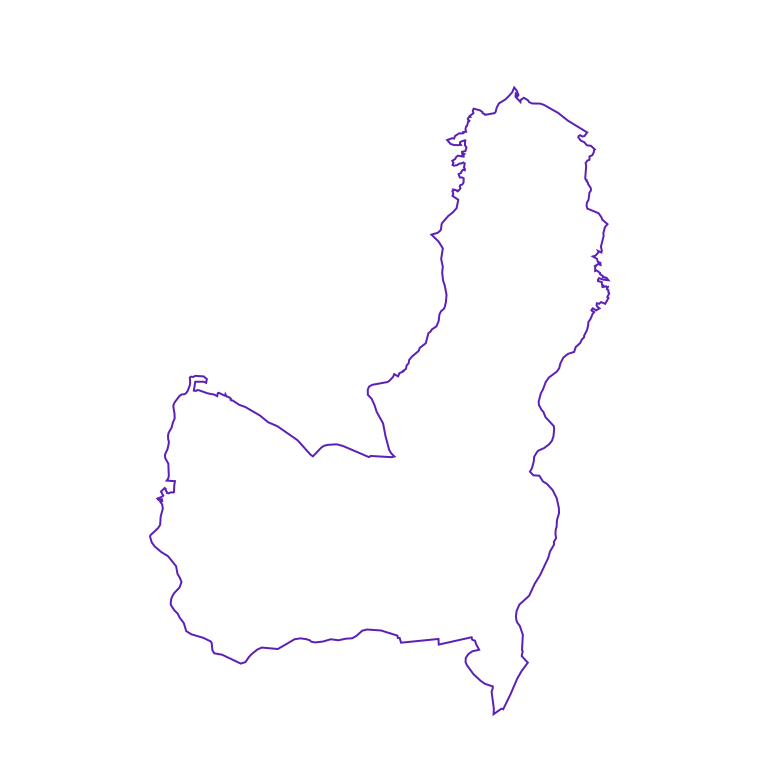 outline of Cruset, Gorj, Romania, rotated 8°
{"feature_id": "2599482B18227556785011", "entity_name": "Cruset", "entity_type": "district", "adm_level": 2, "iso_a3": "ROU", "parent_name": "Romania", "parent_adm1": "Gorj", "projection": "orthographic", "projection_center": [23.663, 44.657], "detail": "fine", "context": "isolated", "style": "outline", "palette": "violet", "viewbox_px": 768, "rotation_deg": 8, "n_neighbors": 0, "source": "geoboundaries", "source_scale": "gbopen_adm2", "svg_char_len": 6139}
<svg xmlns="http://www.w3.org/2000/svg" viewBox="0 0 768 768"><g transform="rotate(8 384 384)"><path d="M538.5,695.7L545.4,689.2L547.3,689.5L552.5,673.5L556.9,657.3L560.2,649.1L565.2,639.9L558.2,634.2L558.5,629.2L557.7,628.2L556.4,613.1L552.2,604.7L549.1,601.6L547.9,599.3L547.0,595.8L546.9,590.4L548.7,583.7L557.2,573.5L561.0,560.9L565.2,551.4L570.8,533.5L571.7,526.8L574.7,519.4L574.2,516.6L575.9,512.6L574.7,508.9L574.3,504.3L574.8,501.1L574.2,495.0L575.3,487.4L574.4,482.4L571.0,473.2L565.8,465.6L559.4,460.3L554.9,458.3L550.6,453.2L544.5,453.6L540.7,450.5L542.1,447.2L542.6,444.2L543.1,439.3L542.8,435.3L545.0,430.0L546.4,428.3L551.3,425.3L556.1,420.5L558.2,416.8L559.1,412.3L558.8,405.0L558.0,402.1L548.5,394.3L545.7,389.4L543.5,387.6L540.4,383.3L539.6,380.0L540.6,371.4L542.2,367.2L543.8,359.8L546.3,354.7L553.5,347.6L555.3,344.0L555.8,339.1L557.9,332.9L561.9,328.6L567.8,325.8L568.7,320.7L572.5,316.2L573.7,312.5L575.7,309.8L575.4,308.5L577.5,302.4L578.0,297.7L577.8,294.1L579.5,290.7L580.8,285.5L582.1,283.5L579.2,282.3L579.7,280.8L580.2,280.0L583.9,281.5L586.9,279.1L584.2,277.5L583.5,276.3L583.6,274.4L585.8,274.7L587.5,272.7L591.9,273.8L594.3,267.6L593.0,266.8L594.4,262.9L593.4,261.9L593.3,260.0L591.6,259.2L592.2,256.7L590.9,257.0L590.4,256.4L586.9,257.6L586.6,256.9L587.9,256.2L586.1,255.2L585.4,252.7L581.6,252.3L581.4,250.9L582.2,249.3L586.6,250.1L591.8,250.0L589.5,247.8L585.9,247.6L585.9,246.8L582.6,245.1L582.5,244.0L578.7,241.9L577.4,242.7L576.8,238.7L577.3,237.9L576.7,237.7L579.3,235.4L581.9,236.0L581.3,233.8L578.8,233.3L577.4,230.4L573.1,228.6L575.4,227.5L577.0,225.4L578.2,223.5L577.5,222.5L581.0,223.5L581.1,221.5L579.7,217.8L580.9,206.9L580.2,204.0L581.0,197.8L583.1,194.6L577.2,190.8L576.2,188.8L572.7,185.0L561.0,182.0L559.8,179.4L559.7,176.1L560.9,173.3L560.8,165.8L561.8,164.2L561.9,162.6L561.3,160.9L558.4,157.7L557.7,156.0L556.5,155.2L556.4,153.9L555.3,153.6L554.6,152.1L553.9,140.2L552.9,137.0L554.4,134.4L556.2,133.4L555.9,130.0L558.4,128.5L559.5,125.3L559.4,123.4L560.2,122.4L555.7,119.3L551.7,119.4L548.7,116.7L545.0,115.6L542.1,112.7L542.2,111.5L543.6,110.3L545.9,111.3L548.0,110.6L550.2,106.6L529.4,97.6L518.9,91.4L503.4,85.3L499.6,84.6L491.5,85.6L488.5,84.6L486.9,82.9L482.7,81.1L479.9,83.6L479.9,85.8L474.3,81.3L474.1,78.3L476.3,80.3L476.9,79.6L476.7,78.6L474.5,74.9L471.7,72.3L470.3,77.4L467.5,81.6L464.6,85.3L458.7,90.2L457.1,94.8L456.7,99.0L455.7,100.4L446.7,103.4L446.1,102.6L444.0,102.2L443.6,101.0L440.8,99.6L434.5,98.9L433.8,101.0L434.9,103.4L431.6,106.6L432.4,107.5L430.9,108.0L430.1,109.5L430.2,110.3L432.6,112.0L430.9,111.8L430.3,116.9L429.5,117.5L429.2,120.4L430.2,122.8L427.4,123.5L427.8,124.4L427.4,124.8L423.4,125.4L419.8,128.6L419.3,131.2L417.1,131.2L412.6,133.6L416.5,137.0L420.1,137.6L424.6,137.1L426.9,136.5L425.8,135.5L425.8,133.7L430.2,131.3L430.7,131.7L430.5,133.1L431.0,136.4L432.7,138.1L432.2,142.0L429.0,143.2L429.2,144.6L431.4,145.1L430.0,146.3L431.3,147.2L431.2,147.8L425.5,147.6L424.1,148.8L423.1,151.4L420.5,153.5L422.0,155.1L421.4,157.6L422.6,158.1L425.7,157.2L428.2,155.1L429.9,154.9L431.7,153.6L433.2,154.3L433.1,158.6L434.0,159.5L434.3,161.0L432.3,160.9L431.0,163.1L431.0,164.2L428.7,165.8L430.3,168.9L432.7,168.6L434.3,169.3L434.7,173.5L433.8,175.6L431.8,176.5L431.5,177.7L432.5,179.6L430.8,182.3L430.1,182.2L429.9,182.9L428.0,181.9L425.6,181.8L426.1,182.5L424.9,183.4L426.2,186.3L425.6,188.2L431.9,191.2L431.4,199.8L428.4,204.3L424.4,208.5L419.5,215.9L418.8,217.7L418.9,223.1L418.1,224.6L416.1,226.8L410.2,229.5L418.2,235.3L423.4,241.5L423.2,252.2L425.9,259.7L426.1,265.6L428.1,273.3L430.4,277.9L433.5,287.0L433.9,293.8L433.5,299.1L432.8,301.3L430.3,304.1L429.2,307.5L429.4,313.8L428.0,319.5L423.8,323.3L422.9,325.4L420.9,327.6L419.7,337.8L414.4,343.2L413.7,346.4L407.6,353.3L405.6,356.6L405.5,360.1L403.8,362.5L403.6,366.0L401.1,368.3L401.5,368.7L401.1,369.1L397.8,371.1L396.9,374.5L392.7,372.8L392.1,375.5L388.8,380.2L387.1,381.6L372.3,386.5L369.6,388.7L368.7,391.8L369.5,396.9L374.0,400.6L377.6,406.3L380.6,412.6L388.6,423.2L392.7,435.3L398.3,448.5L400.8,451.7L404.4,454.4L401.9,455.4L380.8,457.1L379.3,458.5L352.1,451.1L345.6,450.3L336.8,452.1L333.0,453.6L330.7,455.8L323.7,465.5L321.2,464.3L306.2,451.7L284.4,440.7L274.6,438.0L265.6,432.5L249.9,426.1L243.6,424.8L236.2,421.3L235.2,421.5L234.2,420.9L234.4,419.9L233.3,419.0L229.9,418.2L228.5,416.4L228.5,417.4L228.0,417.8L221.6,415.7L220.7,416.3L220.5,419.2L217.2,418.1L210.6,417.8L201.9,416.0L199.9,416.0L198.7,417.1L196.6,417.0L196.8,408.0L205.3,406.8L207.7,407.6L207.9,403.8L204.4,401.6L196.0,402.2L194.0,403.6L191.9,403.6L190.8,404.6L191.8,409.1L191.9,412.1L190.6,418.0L189.5,420.3L188.0,421.8L185.2,422.5L183.2,424.2L179.3,431.2L178.6,433.5L178.4,435.3L180.6,442.3L181.5,447.2L180.3,451.6L179.8,456.5L177.5,462.3L177.3,465.3L178.1,469.2L179.0,470.9L179.1,473.1L178.7,478.5L176.9,484.6L177.7,487.9L181.5,492.9L183.7,505.0L183.5,507.4L182.3,509.9L190.5,509.3L190.4,513.5L191.1,520.3L190.3,520.9L188.3,520.8L185.7,522.3L184.1,522.0L183.8,520.8L182.7,520.0L182.5,518.3L181.3,517.5L178.1,521.6L181.0,525.3L178.7,527.3L175.5,529.0L177.0,530.3L180.1,529.1L180.7,530.8L178.9,531.9L181.1,534.1L182.3,538.2L181.3,546.4L181.9,554.6L180.4,558.0L173.7,566.3L173.6,567.8L176.0,573.1L179.5,576.8L187.2,581.6L194.0,584.5L203.5,593.4L205.9,600.7L209.1,604.8L210.8,607.9L211.0,608.8L209.8,614.0L205.1,620.6L203.6,624.8L203.2,627.1L203.3,630.8L203.6,632.2L204.8,633.8L207.9,637.3L211.9,640.3L214.0,643.6L219.0,648.6L222.6,656.3L228.2,658.7L240.3,660.5L248.2,663.0L249.4,664.4L251.1,671.5L253.4,674.3L261.3,674.6L281.0,680.8L285.5,678.7L288.3,673.0L290.6,669.8L295.6,664.5L299.7,662.0L315.8,661.2L331.0,649.2L336.7,647.5L342.3,647.5L346.1,648.1L347.8,649.3L351.8,649.5L359.5,647.5L366.7,644.2L374.6,644.1L381.4,641.6L388.0,640.2L391.7,637.3L396.8,631.3L401.3,629.5L415.3,628.5L432.3,631.3L433.0,633.5L434.9,633.4L436.9,637.8L473.4,628.9L474.5,634.4L506.0,622.6L506.9,624.9L509.8,625.6L511.6,629.1L515.2,633.9L508.7,636.4L505.2,639.6L503.1,643.8L503.5,648.2L505.4,651.1L513.0,658.9L521.2,664.6L525.7,666.9L533.8,668.3L534.0,670.4L533.4,673.9L538.0,690.4L538.5,695.7Z" fill="none" stroke="#5b21b6" stroke-width="2"/></g></svg>